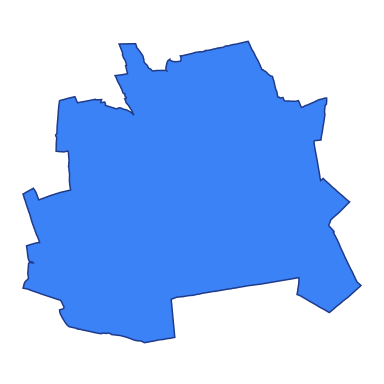 Ivesti, Vaslui, Romania (Robinson projection)
{"feature_id": "2599482B87899807765527", "entity_name": "Ivesti", "entity_type": "district", "adm_level": 2, "iso_a3": "ROU", "parent_name": "Romania", "parent_adm1": "Vaslui", "projection": "robinson", "projection_center": [27.546, 46.204], "detail": "fine", "context": "isolated", "style": "filled", "palette": "blue", "viewbox_px": 384, "rotation_deg": 0, "n_neighbors": 0, "source": "geoboundaries", "source_scale": "gbopen_adm2", "svg_char_len": 5819}
<svg xmlns="http://www.w3.org/2000/svg" viewBox="0 0 384 384"><path d="M329.1,312.5L329.5,312.4L332.4,310.0L337.6,305.5L340.3,303.5L343.5,300.6L344.7,299.8L345.2,299.3L347.7,297.5L353.2,292.6L355.0,290.9L359.6,286.8L361.0,285.5L360.8,285.3L357.8,282.7L357.2,282.1L356.0,279.9L351.9,271.1L350.5,268.7L344.5,256.2L343.5,253.8L341.3,249.2L340.2,246.7L339.4,244.6L337.4,240.2L335.4,236.3L333.6,233.0L333.4,232.4L333.4,232.2L334.1,231.9L333.6,230.9L328.6,225.5L330.2,221.8L330.7,220.0L333.5,217.3L339.1,212.5L346.1,205.4L347.3,204.1L348.9,202.7L349.6,201.9L348.7,201.3L346.2,199.2L342.9,196.2L337.9,192.0L335.0,189.2L332.7,187.4L329.8,184.6L325.0,180.3L323.1,178.4L320.6,180.6L320.0,178.0L319.8,176.1L319.1,171.7L318.2,166.9L317.2,160.6L314.7,147.4L314.1,143.2L314.0,141.6L314.0,141.1L314.2,140.9L314.7,140.7L321.0,140.0L321.3,137.0L322.7,129.4L322.9,127.3L323.6,123.6L324.8,115.5L324.9,113.6L324.5,112.6L324.5,111.8L325.1,105.5L325.5,105.3L326.4,104.2L326.7,100.6L326.6,98.0L324.7,98.2L323.7,98.4L322.5,98.9L319.6,99.5L318.0,100.1L316.6,100.8L314.2,102.0L308.9,104.3L308.0,104.8L306.9,105.2L305.7,105.4L303.0,106.9L301.5,107.4L301.3,107.3L298.9,101.6L298.4,100.6L296.5,101.1L295.6,101.3L290.8,101.2L289.3,101.1L288.3,100.9L286.5,101.1L285.2,101.0L284.6,100.8L284.1,100.4L283.0,97.5L280.2,98.1L279.6,97.3L277.8,97.1L277.7,96.4L276.8,91.6L275.5,88.5L274.8,85.3L273.8,80.7L273.3,79.7L272.6,76.8L272.1,76.2L271.1,76.1L270.4,75.8L269.8,75.4L268.3,74.1L267.7,73.8L267.0,72.8L265.3,71.2L264.7,71.1L263.9,70.6L263.4,70.0L262.7,69.7L262.0,69.8L261.2,67.8L259.9,64.8L258.0,60.7L255.9,57.0L253.8,52.6L251.4,48.6L249.8,44.7L248.8,43.0L248.7,42.3L248.1,41.3L235.9,44.2L233.2,44.5L232.3,44.8L230.6,45.1L228.7,45.8L226.8,45.9L225.3,46.1L223.1,47.3L222.3,47.5L220.5,47.6L219.1,48.0L218.6,48.0L218.2,47.9L217.4,48.2L216.2,48.5L215.1,48.8L214.4,49.0L213.6,49.0L212.6,49.3L212.0,49.6L210.3,49.9L209.0,50.2L207.5,50.4L205.9,50.4L205.1,50.6L204.9,51.3L203.7,51.3L202.5,51.8L201.8,51.9L201.1,51.9L200.5,51.7L199.5,51.8L195.6,52.4L193.8,52.8L193.1,53.2L183.4,55.5L181.6,55.9L181.0,55.9L180.4,55.8L180.7,57.2L181.1,57.9L180.9,60.3L180.6,61.1L177.0,61.7L173.6,61.6L172.8,61.5L171.0,60.6L169.7,60.2L169.8,59.3L168.0,60.6L167.7,61.1L167.0,62.8L166.0,67.0L165.9,68.1L166.0,69.1L166.4,70.4L166.6,70.8L166.0,70.5L165.6,70.4L164.9,70.4L156.9,70.5L152.8,71.0L152.0,70.7L151.6,70.1L150.6,69.0L149.2,68.5L148.2,67.4L147.3,65.4L145.9,64.1L144.5,62.6L143.9,61.4L143.9,59.8L142.9,56.0L142.4,55.0L141.4,53.8L140.6,52.5L139.9,51.5L138.0,49.0L137.5,48.3L136.9,48.0L136.5,47.4L136.6,46.6L135.6,43.7L119.1,44.0L122.6,52.9L122.4,54.8L123.9,58.7L124.6,59.1L125.9,62.6L126.6,65.4L125.6,65.6L127.5,73.7L121.7,74.8L115.1,75.6L116.4,78.1L117.7,81.4L120.5,86.7L120.8,87.6L122.0,89.8L122.7,92.2L123.3,93.3L123.9,93.7L125.0,93.9L124.8,95.0L125.1,96.2L126.3,97.2L126.4,97.8L126.2,98.3L124.7,98.5L125.6,100.9L126.0,102.6L128.0,104.9L129.1,106.4L130.3,108.5L131.2,109.5L131.7,110.4L132.7,112.8L134.0,115.0L133.2,114.5L132.5,113.8L132.1,113.2L131.5,112.9L130.2,111.7L126.3,109.8L123.1,109.1L120.7,107.9L119.5,107.8L118.9,107.8L116.6,108.9L105.4,105.4L105.5,103.9L104.7,102.0L100.8,102.6L100.9,101.3L101.6,99.6L95.8,99.9L95.6,99.4L95.2,99.3L85.4,101.3L77.5,102.7L77.0,101.6L74.9,96.7L67.2,98.5L64.7,99.3L59.9,100.5L59.6,100.8L59.3,101.8L59.3,103.1L58.9,105.1L58.5,109.2L57.8,118.7L57.1,126.8L56.9,133.3L56.8,133.7L56.4,134.2L55.9,134.6L55.7,134.9L55.6,135.3L55.7,135.8L56.0,136.3L56.3,136.8L56.6,137.4L56.7,138.1L56.3,142.5L56.1,151.2L58.1,151.5L63.5,151.9L64.7,151.8L66.0,151.4L68.0,151.0L68.4,152.6L69.1,161.4L68.9,161.9L68.8,163.6L68.8,165.0L68.5,165.9L68.5,166.7L68.8,167.5L68.9,168.4L69.1,171.1L69.5,173.5L69.6,174.6L69.5,175.3L69.4,180.9L69.9,185.8L70.3,188.4L70.7,190.0L60.5,192.4L51.5,195.2L38.7,199.9L36.3,193.2L35.5,191.5L34.3,189.6L33.5,188.7L33.4,188.3L25.7,192.5L24.0,193.6L23.0,194.0L23.9,196.7L24.4,198.6L24.7,199.4L25.1,200.3L26.7,205.6L26.9,206.0L27.4,207.6L28.3,210.0L28.7,211.6L29.4,213.2L29.9,214.8L31.3,219.6L31.5,220.6L32.1,222.3L32.4,223.3L33.1,225.3L33.4,225.9L33.6,226.6L34.0,227.9L35.0,230.1L35.2,231.4L35.6,232.1L36.7,235.2L37.6,236.8L39.6,242.2L39.6,242.6L38.9,242.5L36.9,242.8L33.4,243.7L26.5,245.8L27.3,251.2L27.8,256.2L28.5,259.5L28.9,260.7L29.5,261.3L32.8,262.3L33.4,262.9L33.1,263.0L30.4,262.5L29.7,262.5L29.1,262.8L28.6,263.4L27.8,273.3L27.9,274.2L28.0,275.0L28.3,276.6L28.4,277.9L28.4,278.4L28.0,279.1L25.7,281.1L24.8,282.3L24.1,284.0L23.1,288.2L26.5,288.8L29.4,289.6L29.6,289.9L38.1,292.8L42.0,294.2L59.5,300.0L60.5,300.1L61.8,302.4L63.2,305.5L63.9,306.7L64.0,307.1L63.8,308.1L62.6,309.1L59.6,309.8L59.7,311.7L60.5,314.3L62.3,317.8L64.8,321.8L66.7,324.6L69.1,326.7L77.2,328.5L77.1,328.9L77.2,329.0L78.5,329.1L79.2,329.3L80.5,329.2L80.9,329.3L81.3,329.7L88.7,331.2L93.8,332.4L100.0,333.6L101.9,333.6L102.1,333.3L102.8,333.1L104.6,333.2L106.4,333.5L107.0,333.3L107.7,333.0L110.8,333.7L111.4,334.5L113.6,334.8L116.9,335.1L117.8,335.3L120.2,335.5L127.1,337.4L130.4,338.6L132.3,339.4L134.0,340.0L135.9,340.5L137.5,340.8L140.1,340.9L140.8,341.0L143.4,342.1L143.8,342.4L144.3,342.6L144.7,342.7L145.9,342.4L148.8,342.0L149.6,341.6L152.5,341.3L158.8,339.9L160.0,339.7L162.5,339.6L166.1,338.8L170.2,338.3L172.8,337.7L174.8,337.4L173.0,318.6L171.2,299.3L176.8,297.2L181.6,296.7L183.0,296.7L184.1,296.4L188.9,295.6L193.2,295.3L196.8,294.4L200.1,293.9L201.9,293.4L205.1,292.8L206.2,292.7L214.1,291.3L214.9,291.4L218.7,290.7L223.5,289.9L227.1,289.2L231.4,288.7L233.4,288.1L234.2,288.2L236.4,287.8L239.8,287.1L242.1,286.8L247.5,285.8L261.5,284.0L268.0,282.9L283.1,280.3L291.7,278.9L298.8,277.6L299.0,279.9L298.8,281.6L298.8,283.3L297.3,293.1L297.0,294.5L297.3,294.7L298.2,294.9L299.0,295.2L301.3,296.3L303.0,297.4L307.7,300.1L309.4,301.2L310.7,301.9L316.2,305.0L319.2,306.9L324.8,309.9L329.1,312.5Z" fill="#3b82f6" stroke="#1e3a8a" stroke-width="1.5"/></svg>